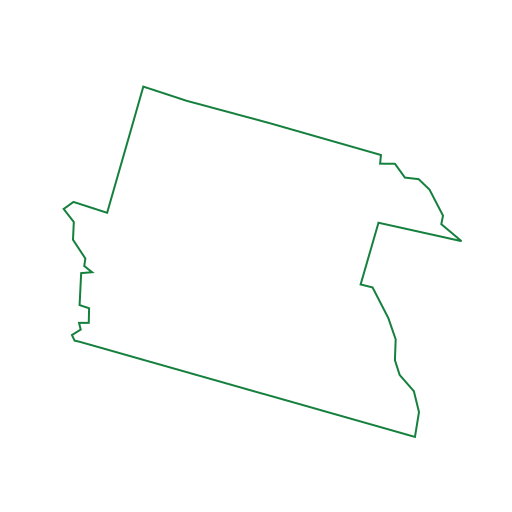 the district of Dallas, Arkansas, United States of America, rotated 14°
{"feature_id": "52423323B82335716857681", "entity_name": "Dallas", "entity_type": "district", "adm_level": 2, "iso_a3": "USA", "parent_name": "United States of America", "parent_adm1": "Arkansas", "projection": "albers", "projection_center": [-92.654, 33.975], "detail": "fine", "context": "isolated", "style": "outline", "palette": "green", "viewbox_px": 512, "rotation_deg": 14, "n_neighbors": 0, "source": "geoboundaries", "source_scale": "gbopen_adm2", "svg_char_len": 684}
<svg xmlns="http://www.w3.org/2000/svg" viewBox="0 0 512 512"><g transform="rotate(14 256 256)"><path d="M236.6,123.8L151.2,122.2L105.7,118.9L104.2,162.7L101.1,250.1L65.8,247.7L58.0,256.9L71.0,267.1L74.5,284.5L91.0,299.7L91.8,307.3L100.9,311.4L90.5,314.9L96.7,346.3L106.7,347.1L109.9,361.3L100.5,363.7L103.7,369.8L96.5,377.2L100.5,382.0L105.5,381.9L295.1,388.0L296.7,388.0L454.0,393.1L451.9,368.0L441.9,349.0L424.2,336.7L416.0,323.5L411.7,303.1L399.4,284.2L376.7,258.3L364.4,258.3L366.8,194.1L451.8,191.9L428.1,180.3L427.7,171.6L415.6,157.9L408.3,149.6L395.2,142.1L381.5,143.9L368.5,132.9L354.1,136.4L352.8,127.8L236.6,123.8Z" fill="none" stroke="#15803d" stroke-width="2"/></g></svg>